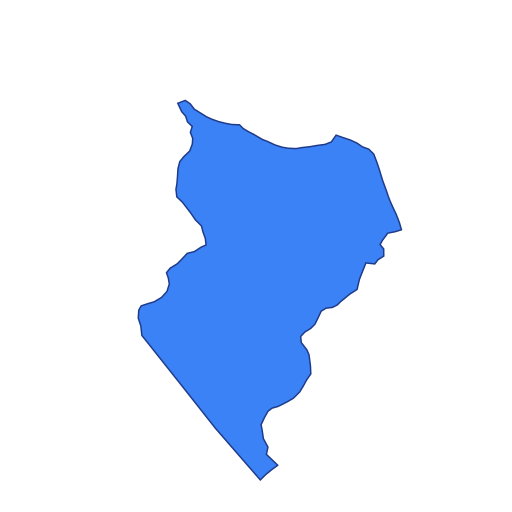 outline of Jijoca de Jericoacoara, Ceará, Brazil, rotated 45°
{"feature_id": "56859067B74295289149447", "entity_name": "Jijoca de Jericoacoara", "entity_type": "district", "adm_level": 2, "iso_a3": "BRA", "parent_name": "Brazil", "parent_adm1": "Ceará", "projection": "mercator", "projection_center": [-40.5, -2.875], "detail": "fine", "context": "isolated", "style": "filled", "palette": "blue", "viewbox_px": 512, "rotation_deg": 45, "n_neighbors": 0, "source": "geoboundaries", "source_scale": "gbopen_adm2", "svg_char_len": 1788}
<svg xmlns="http://www.w3.org/2000/svg" viewBox="0 0 512 512"><g transform="rotate(45 256 256)"><path d="M419.3,388.6L403.6,388.9L399.6,382.7L390.3,379.9L383.5,374.8L378.9,371.7L376.2,364.2L374.3,357.5L374.9,352.3L377.9,346.9L379.5,342.3L381.4,336.3L383.0,330.0L383.0,321.2L381.4,314.6L379.4,307.7L378.1,300.6L372.2,295.2L367.3,291.4L363.2,288.3L358.4,286.4L349.2,285.2L344.5,281.3L344.3,275.2L345.9,268.6L345.9,262.6L343.8,256.4L341.1,248.9L342.4,243.4L346.4,238.3L348.1,233.1L348.1,228.2L348.7,222.6L349.2,216.9L351.1,208.2L345.6,199.3L338.6,183.2L345.6,177.6L344.9,172.5L346.4,165.7L341.3,160.7L335.7,160.2L334.3,155.4L333.0,146.7L337.3,140.3L340.3,134.6L333.8,131.0L325.9,127.5L317.6,124.5L312.6,122.6L307.5,120.4L302.4,117.8L292.2,113.1L281.5,107.4L276.1,104.7L267.3,100.7L260.2,100.7L254.0,103.6L247.8,104.7L240.4,107.4L234.5,110.4L227.2,113.9L228.6,122.1L225.9,128.3L220.9,134.8L216.9,140.5L211.7,147.0L208.5,151.6L202.6,157.0L197.7,160.5L191.0,164.0L182.8,167.0L178.4,169.0L169.2,171.4L161.8,173.7L156.8,174.9L151.6,174.9L145.7,180.3L140.4,183.9L134.4,187.5L127.8,190.6L122.8,192.5L108.6,195.8L101.9,194.9L96.0,196.0L92.7,203.3L101.4,206.5L107.4,206.9L112.7,209.6L119.3,209.5L122.2,215.0L128.1,217.6L131.9,222.0L134.9,228.7L134.7,237.2L135.4,243.2L139.0,249.3L144.7,255.8L148.7,260.5L152.3,265.5L158.2,270.2L166.0,270.0L173.7,271.0L180.3,271.9L187.5,273.3L196.1,273.3L201.5,276.5L207.7,279.4L212.9,283.5L210.9,288.7L209.3,296.5L205.5,302.7L205.8,311.4L205.8,317.4L203.9,325.2L204.5,331.1L209.6,333.6L214.5,337.1L218.1,344.0L218.5,352.1L216.4,360.4L213.4,365.8L210.1,372.4L211.4,377.2L216.7,383.2L224.0,386.9L231.5,392.9L239.7,393.8L295.4,400.2L319.4,403.0L348.9,406.5L417.4,411.3L417.4,403.7L418.1,396.7L419.3,388.6Z" fill="#3b82f6" stroke="#1e3a8a" stroke-width="1.5"/></g></svg>